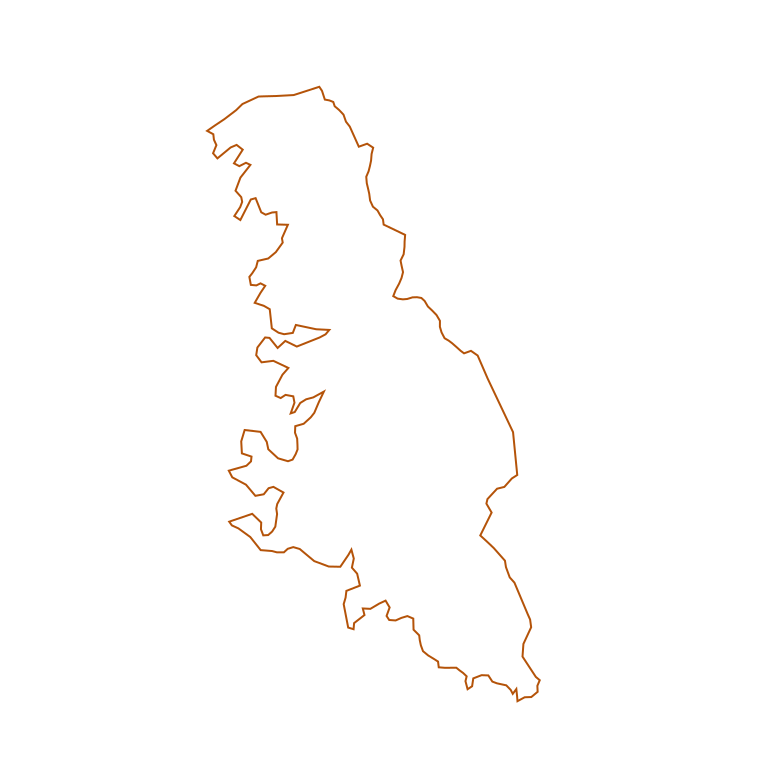 outline of São Nicolau, Rio Grande do Sul, Brazil, rotated 23°
{"feature_id": "56859067B99796327021212", "entity_name": "São Nicolau", "entity_type": "district", "adm_level": 2, "iso_a3": "BRA", "parent_name": "Brazil", "parent_adm1": "Rio Grande do Sul", "projection": "robinson", "projection_center": [-55.266, -28.189], "detail": "fine", "context": "isolated", "style": "outline", "palette": "amber", "viewbox_px": 768, "rotation_deg": 23, "n_neighbors": 0, "source": "geoboundaries", "source_scale": "gbopen_adm2", "svg_char_len": 3513}
<svg xmlns="http://www.w3.org/2000/svg" viewBox="0 0 768 768"><g transform="rotate(23 384 384)"><path d="M521.6,377.9L477.3,338.5L459.1,321.2L451.1,319.5L445.7,324.5L441.6,323.5L436.4,321.7L430.6,319.8L426.6,318.8L421.9,318.2L416.8,314.0L413.1,309.5L410.8,304.0L405.4,300.0L399.5,297.5L394.1,295.5L389.0,291.7L384.8,290.2L380.5,291.2L376.4,293.1L372.1,296.7L368.3,298.7L363.2,300.1L358.2,299.5L358.0,293.1L358.7,285.7L358.7,279.5L357.8,273.6L354.0,268.3L351.0,263.9L351.4,256.9L349.3,249.8L347.3,244.8L345.2,238.5L321.4,237.4L318.7,232.8L314.5,230.1L310.2,226.8L304.5,225.1L299.5,220.5L296.1,214.7L293.1,210.5L289.7,205.9L286.7,200.2L286.7,194.2L285.9,189.0L284.8,183.4L282.7,177.1L281.7,170.7L274.6,169.4L268.1,175.4L251.9,160.4L246.5,157.4L241.5,151.9L235.6,149.3L230.1,147.6L227.1,144.2L222.9,144.3L218.4,145.3L212.4,138.4L208.3,135.7L193.1,148.9L188.0,153.3L172.1,161.1L160.9,166.2L156.2,168.4L144.3,181.6L140.9,189.7L133.5,202.7L127.6,211.7L122.3,220.1L129.3,220.8L132.0,225.6L136.4,229.6L136.5,238.4L142.5,241.4L150.4,226.2L154.9,221.5L162.4,223.5L159.7,239.5L165.7,240.0L170.5,234.3L175.4,234.5L171.2,250.1L171.8,264.1L179.6,267.8L182.3,271.8L182.5,277.4L180.6,287.9L187.7,289.2L189.3,266.2L193.2,263.1L203.9,273.9L208.9,274.4L213.9,269.9L217.8,267.8L223.3,278.9L233.3,275.0L233.1,289.7L235.5,293.4L232.9,304.9L228.4,313.7L219.7,320.0L220.7,326.5L219.4,333.7L218.2,338.0L222.7,344.8L228.0,343.1L231.0,339.6L236.3,340.0L234.7,348.3L233.3,359.8L243.0,359.0L249.6,359.8L259.0,376.6L266.9,378.0L272.6,377.2L280.1,372.6L279.8,364.1L300.2,360.1L312.5,355.6L310.8,361.1L306.6,366.3L289.1,383.6L276.3,382.9L272.0,392.4L260.6,386.3L256.4,387.6L253.2,399.9L255.1,407.4L262.8,411.9L273.1,405.9L289.7,406.6L286.9,415.1L285.7,428.9L288.7,437.2L294.4,437.3L297.6,432.5L305.3,430.8L308.9,436.2L309.6,447.5L312.8,444.7L314.3,434.2L318.3,428.5L324.1,424.0L331.6,414.5L331.1,426.3L331.1,437.8L329.6,443.3L325.6,452.0L318.8,457.5L321.1,463.6L325.4,468.2L328.1,473.8L330.0,478.0L330.1,483.1L329.4,489.3L325.8,492.6L315.5,493.8L303.0,489.3L298.7,483.1L289.1,476.3L273.7,480.8L275.0,492.6L280.3,503.4L290.4,502.6L291.8,507.2L289.3,513.0L283.8,517.4L275.0,524.4L280.8,529.2L296.3,530.6L309.3,537.2L316.4,532.5L318.5,525.0L322.4,521.9L333.9,523.2L332.6,536.2L333.5,540.7L336.4,545.5L339.7,557.8L338.7,563.5L336.4,568.3L332.0,570.5L327.5,565.8L325.1,559.5L313.4,555.0L295.3,571.2L299.2,573.6L306.4,573.8L320.7,577.1L335.4,585.1L346.2,581.5L351.2,580.8L357.6,578.1L359.8,573.3L364.2,569.6L370.9,568.8L389.0,574.3L404.5,573.6L415.2,569.3L418.0,555.2L418.7,549.2L424.4,556.5L426.2,565.6L433.4,569.1L440.6,579.0L430.2,589.1L432.1,595.6L432.9,602.4L446.2,622.2L451.8,621.6L449.9,615.8L456.3,604.3L452.2,598.9L459.3,596.3L465.4,588.0L470.1,582.8L476.5,587.5L477.0,596.5L481.0,599.2L487.1,597.1L491.4,592.5L496.2,588.5L502.6,588.5L507.2,598.6L514.6,601.6L517.0,605.8L520.0,610.1L524.3,614.7L530.7,616.6L537.5,617.6L542.2,618.4L545.1,623.4L551.1,621.4L561.4,616.9L565.5,618.1L569.8,619.1L574.3,620.8L575.1,625.7L580.2,632.3L583.2,627.8L581.2,620.1L587.6,613.9L593.9,611.5L600.0,615.6L604.9,615.4L614.3,613.6L620.2,616.1L623.6,618.9L625.0,613.1L628.4,619.2L630.8,623.8L635.9,617.4L641.9,614.6L645.7,607.3L643.1,601.9L643.1,595.8L638.2,594.3L618.0,580.8L613.9,568.8L614.5,550.4L610.5,543.7L606.2,539.7L581.7,515.9L575.3,512.9L567.8,504.9L564.4,499.4L549.1,492.1L539.7,488.6L531.8,485.8L533.3,460.3L525.0,454.1L524.2,449.5L529.0,436.2L535.0,431.7L538.6,421.0L542.2,415.7L521.6,377.9Z" fill="none" stroke="#b45309" stroke-width="2"/></g></svg>